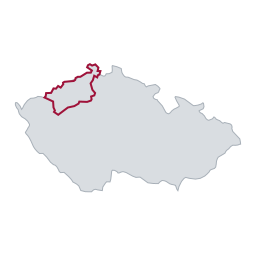 Ústecký on a map of Czechia (Mercator projection)
{"feature_id": "CZE-10368", "entity_name": "Ústecký", "entity_type": "Region", "adm_level": 1, "iso_a3": "CZE", "parent_name": "Czechia", "parent_adm1": "", "projection": "mercator", "projection_center": [13.915, 50.559], "detail": "coarse", "context": "in_parent", "style": "outline", "palette": "rose", "viewbox_px": 256, "rotation_deg": 0, "n_neighbors": 0, "source": "natural_earth", "source_scale": "10m", "svg_char_len": 3409}
<svg xmlns="http://www.w3.org/2000/svg" viewBox="0 0 256 256"><path d="M240.6,144.2L239.8,144.2L237.9,145.0L235.4,145.3L232.8,145.2L230.7,146.5L228.7,148.8L226.7,150.3L225.6,151.7L225.0,153.1L218.2,157.2L217.3,158.8L216.5,161.1L216.2,164.2L215.7,167.0L214.5,168.4L210.9,169.7L209.9,170.4L209.2,171.8L207.2,173.9L204.8,176.0L200.3,178.3L195.5,179.1L189.3,178.3L185.7,177.4L184.0,178.4L181.5,181.4L178.9,186.7L177.9,190.7L177.0,189.5L175.5,185.4L173.8,184.8L171.6,184.4L169.8,183.8L166.1,181.4L164.2,180.7L162.0,180.5L159.9,181.9L158.3,183.6L153.3,183.5L147.9,182.8L140.2,177.2L138.2,177.2L136.0,177.4L132.6,176.1L126.1,172.5L123.0,171.6L121.0,172.1L119.3,172.9L118.0,173.0L117.3,171.9L114.8,170.4L112.4,170.2L111.7,171.1L110.8,179.1L110.0,181.9L106.6,181.8L105.4,183.1L102.8,187.0L102.3,190.6L97.7,189.9L95.5,189.3L93.6,189.8L91.5,191.8L85.5,191.7L80.8,190.5L78.8,185.9L76.7,184.1L73.9,182.5L73.0,182.1L71.5,179.7L68.7,176.6L64.1,172.4L60.5,172.6L59.2,171.4L58.6,169.9L57.1,167.2L55.4,165.3L53.4,164.6L50.5,162.2L46.6,157.0L43.0,153.4L39.5,153.5L37.3,151.6L35.1,149.1L33.5,146.7L30.9,140.9L29.1,137.5L27.6,135.4L26.0,133.7L25.4,132.4L27.4,129.2L28.1,127.7L29.0,126.5L29.5,125.2L29.5,124.3L27.7,121.2L25.2,118.9L21.6,116.7L19.3,113.8L18.5,111.2L18.2,109.7L16.6,107.7L15.4,104.9L15.4,103.1L15.7,102.6L16.9,102.6L18.2,103.8L20.1,106.1L21.6,109.4L22.6,108.1L24.3,104.6L27.5,100.6L30.7,98.3L33.6,98.1L36.0,97.5L37.9,96.4L41.4,96.8L43.9,97.6L44.7,97.1L45.7,95.0L46.3,93.2L51.8,92.2L53.7,88.7L54.8,88.7L56.0,88.2L57.2,86.9L58.3,86.3L59.2,87.0L60.3,87.4L61.6,86.6L63.4,82.6L64.4,82.0L69.2,81.3L75.8,79.0L79.1,76.9L82.4,75.7L85.9,73.7L91.5,71.7L91.8,70.9L89.2,68.8L88.3,67.6L87.7,66.2L88.6,64.8L89.9,64.3L91.5,64.9L96.1,65.8L97.4,66.6L97.9,68.7L99.1,70.6L100.0,70.8L99.7,74.0L101.2,75.2L103.4,76.1L104.8,76.0L105.8,74.7L106.2,73.8L109.1,73.7L112.0,72.3L112.3,70.2L112.1,66.1L112.4,65.6L116.8,66.7L121.2,68.5L121.9,72.5L123.0,74.5L124.4,76.3L125.8,77.1L128.1,77.2L134.1,79.6L137.0,80.1L140.0,81.7L142.5,83.4L144.3,83.8L145.1,85.6L146.3,86.9L148.2,85.9L155.4,84.5L158.0,86.3L159.8,88.3L160.0,88.9L159.1,90.5L158.7,91.8L157.9,92.7L155.4,93.6L154.1,95.1L153.0,96.7L153.7,98.3L155.7,99.5L157.2,99.7L157.7,100.8L162.3,105.9L165.9,112.5L167.4,113.5L168.7,113.8L170.2,112.8L172.0,110.7L174.1,109.1L175.9,108.3L179.1,106.5L179.2,105.3L176.6,100.8L175.0,97.2L175.4,96.6L178.8,97.1L184.5,99.1L193.3,105.6L194.9,105.6L198.0,105.1L201.3,104.0L202.9,102.8L203.5,103.3L204.0,106.8L203.1,108.8L199.1,110.7L199.3,111.6L200.4,112.8L202.2,113.6L204.4,115.9L205.9,118.5L207.2,119.7L208.7,120.3L212.3,118.9L213.3,117.8L213.8,117.0L214.5,117.2L215.8,118.5L216.1,119.2L219.7,120.7L221.7,122.5L223.0,123.3L224.5,122.5L230.1,123.9L231.6,125.1L232.1,127.1L231.8,128.3L232.7,131.4L239.8,138.9L240.5,142.6L240.6,144.2Z" fill="#d9dde1" stroke="#a8b0b8" stroke-width="1"/><path d="M89.9,64.2L92.1,65.6L95.3,64.4L98.4,67.6L97.6,71.0L100.4,71.1L99.4,74.6L97.9,75.2L97.2,77.4L94.2,75.7L92.9,80.1L90.6,83.4L92.4,89.8L95.1,93.0L94.3,95.4L91.1,96.5L91.6,99.3L90.9,100.6L87.1,101.9L79.3,101.6L78.6,103.6L74.3,106.1L67.9,107.5L58.2,114.8L54.0,111.9L54.9,110.5L53.5,107.5L53.1,101.5L44.5,97.5L45.7,96.2L46.1,93.1L51.1,92.9L53.5,88.4L56.0,88.7L58.1,86.0L60.7,87.6L63.3,84.2L63.0,82.7L64.4,81.8L73.7,81.0L75.2,79.9L75.6,78.0L77.8,76.8L80.4,76.8L86.9,72.7L90.8,72.7L91.9,70.5L87.1,67.3L88.0,65.2L89.9,64.2Z" fill="none" stroke="#9f1239" stroke-width="2"/></svg>